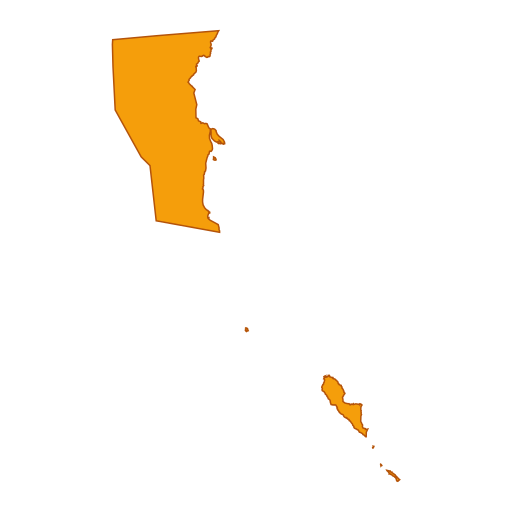 Mexicali, Baja California, Mexico
{"feature_id": "50627088B84599572497035", "entity_name": "Mexicali", "entity_type": "district", "adm_level": 2, "iso_a3": "MEX", "parent_name": "Mexico", "parent_adm1": "Baja California", "projection": "robinson", "projection_center": [-113.946, 30.648], "detail": "fine", "context": "isolated", "style": "filled", "palette": "amber", "viewbox_px": 512, "rotation_deg": 0, "n_neighbors": 0, "source": "geoboundaries", "source_scale": "gbopen_adm2", "svg_char_len": 6018}
<svg xmlns="http://www.w3.org/2000/svg" viewBox="0 0 512 512"><path d="M219.6,232.3L219.6,230.9L219.0,229.5L219.1,228.0L218.2,224.6L210.1,220.2L208.7,219.0L208.6,218.6L208.9,218.3L208.9,218.2L208.4,218.7L208.1,218.3L208.6,217.8L208.8,218.1L208.6,217.8L208.1,218.1L207.8,217.7L207.7,216.6L207.9,215.3L208.7,213.4L209.8,212.9L209.6,212.0L208.8,211.9L208.6,211.2L208.2,211.2L207.9,210.5L206.5,209.8L204.7,207.9L203.1,204.9L202.6,202.0L202.6,199.4L203.5,192.0L203.4,190.2L203.1,189.5L202.5,189.0L202.5,188.7L202.8,188.5L203.0,187.5L202.8,186.8L203.7,185.6L203.3,184.7L203.5,184.3L203.5,179.8L203.8,178.2L203.6,175.0L204.3,174.3L204.3,173.6L204.7,172.7L204.5,172.3L204.6,171.7L205.5,171.0L206.0,168.0L205.7,163.2L207.1,157.6L207.8,156.0L208.0,154.8L209.0,154.1L209.5,151.4L210.0,151.1L211.0,151.4L211.4,151.1L212.3,149.7L212.5,148.6L212.2,145.4L211.7,143.3L210.7,141.5L209.5,138.4L209.4,135.1L210.3,131.5L210.3,129.1L210.5,128.9L209.4,128.4L208.7,127.5L207.1,123.8L205.9,123.4L204.5,123.7L202.8,122.8L201.0,123.4L200.8,123.0L200.9,122.3L200.7,121.8L198.5,120.8L197.8,118.7L196.0,117.8L195.8,109.2L196.8,104.7L193.8,93.0L195.1,89.5L192.6,87.0L192.4,86.5L192.2,86.6L189.1,83.6L188.6,82.5L188.1,82.2L188.4,81.4L189.1,80.5L189.0,79.5L189.6,78.7L190.5,77.9L190.6,77.4L192.2,76.0L192.2,75.7L193.5,75.0L193.8,74.1L196.0,72.0L196.4,70.3L196.2,69.1L196.3,67.9L195.9,67.2L195.8,66.4L196.2,66.0L196.7,66.3L197.1,66.1L197.2,65.8L196.6,65.1L196.5,64.1L197.7,63.3L198.3,62.0L199.2,61.1L198.6,59.1L198.5,57.9L198.5,57.3L198.9,56.5L199.5,56.2L201.5,56.5L202.1,56.3L202.4,55.8L202.7,55.9L203.6,55.3L203.9,55.4L204.3,55.8L204.6,55.7L204.9,56.0L205.1,56.5L206.8,57.4L207.7,57.2L208.3,56.5L209.1,56.7L209.8,56.4L210.1,55.5L210.1,54.2L210.6,53.4L210.3,52.1L210.8,51.7L211.0,51.2L210.9,49.7L211.7,48.9L212.0,48.2L211.8,47.9L210.5,48.1L210.2,47.7L211.2,44.9L211.0,43.7L210.6,43.0L210.6,41.4L210.8,41.0L211.1,40.9L212.2,41.3L212.6,41.2L213.0,40.1L214.6,38.9L214.8,38.0L215.9,36.9L216.3,35.4L217.3,33.7L217.8,32.2L218.7,30.7L157.0,35.7L112.7,39.7L112.4,44.4L113.0,66.9L115.2,110.0L141.2,156.9L150.0,165.6L156.2,220.8L219.6,232.3ZM329.3,375.3L328.2,375.4L328.3,376.1L327.3,376.8L326.8,376.7L326.7,377.1L326.4,377.2L325.7,377.2L325.7,376.7L325.4,377.2L325.1,377.1L325.0,376.6L325.3,376.1L325.1,375.9L323.9,376.7L324.3,377.8L323.9,378.5L324.2,378.5L324.1,379.2L324.6,379.6L324.7,380.3L324.3,381.1L324.3,382.1L323.6,383.0L323.5,384.2L322.7,384.8L322.6,385.5L322.0,386.2L321.8,387.6L322.2,388.0L322.4,388.8L322.0,389.9L322.4,390.8L324.1,391.6L324.5,392.6L325.3,393.3L325.4,394.3L326.4,394.9L327.0,395.9L327.0,396.5L327.7,397.0L328.3,398.8L329.3,399.4L330.0,400.2L330.3,401.3L330.2,401.6L330.4,402.2L330.4,402.7L331.0,404.0L331.0,404.5L332.0,404.8L332.6,404.7L333.1,405.1L334.0,404.7L334.8,405.1L335.2,404.8L336.1,405.3L336.8,407.0L337.1,407.0L337.3,407.3L337.4,408.1L337.3,408.4L337.1,408.4L337.1,408.8L337.9,409.6L337.8,410.0L338.8,411.2L338.9,411.7L339.5,412.1L339.5,412.5L341.2,414.0L342.6,414.5L343.2,414.9L343.9,416.4L344.4,417.0L346.2,418.0L346.1,417.7L346.3,417.6L346.8,418.2L347.3,418.2L347.9,419.2L349.0,419.5L349.4,420.2L349.3,420.4L349.5,420.4L349.7,420.9L350.3,421.2L351.5,423.0L352.4,423.9L352.8,425.3L353.7,426.2L354.0,427.0L353.9,427.3L354.3,428.0L355.6,428.8L356.4,428.9L357.2,429.7L358.3,430.1L359.4,432.2L360.3,432.4L362.6,433.7L363.0,434.6L364.0,435.0L365.6,436.7L366.2,436.7L366.3,432.2L367.7,429.1L367.0,429.3L365.8,429.2L365.6,429.0L365.4,429.2L365.3,428.6L363.1,428.1L362.4,426.7L362.6,425.0L361.8,423.8L361.6,423.1L360.7,421.4L360.9,416.0L361.5,414.5L361.1,413.9L361.2,412.5L361.0,411.5L361.2,410.6L360.8,410.1L360.8,408.3L361.0,406.6L362.0,405.0L360.7,403.9L360.2,404.3L359.7,404.0L359.6,404.4L359.5,404.2L358.9,404.3L358.9,404.1L358.3,404.4L357.1,404.0L355.3,403.9L353.6,404.6L353.2,404.5L353.2,403.8L352.1,404.4L351.8,404.2L351.8,403.7L351.7,404.0L351.1,404.0L350.6,404.8L349.9,404.8L349.1,403.7L347.9,403.7L345.1,403.1L343.2,401.7L342.9,401.4L343.0,400.1L342.5,397.3L343.1,396.2L343.4,396.0L343.9,394.7L344.9,393.6L344.9,393.2L343.9,392.3L344.0,391.8L343.6,391.1L343.7,390.9L342.9,389.1L342.0,388.1L342.0,387.0L341.2,386.2L341.2,385.4L340.1,385.2L339.7,384.7L339.0,384.5L339.0,384.0L338.2,383.6L338.0,382.3L337.7,381.7L337.4,381.6L336.5,380.3L335.8,380.1L334.9,379.0L333.3,378.7L333.2,378.2L332.7,378.1L332.8,377.5L331.1,377.3L330.1,376.8L329.6,376.8L329.4,376.4L329.5,375.5L329.3,375.3ZM216.0,130.5L214.8,129.3L213.9,128.8L212.4,128.6L211.1,129.3L210.9,130.6L211.1,132.5L211.0,134.7L211.4,136.9L211.9,138.3L214.4,140.9L216.5,142.1L217.4,141.8L217.9,142.3L218.2,142.1L217.9,143.0L218.6,143.6L219.2,143.5L219.8,143.0L220.1,143.1L220.2,143.7L220.9,143.8L221.2,143.5L220.8,142.1L219.2,140.8L219.2,140.4L220.6,141.6L221.3,143.0L222.4,143.5L223.0,143.4L223.0,144.0L223.7,144.2L224.0,143.9L224.7,143.7L224.5,142.1L223.1,139.5L219.0,136.2L217.1,134.0L215.9,130.8L215.9,130.6L216.3,131.1L216.0,130.5ZM388.9,470.8L386.8,470.3L387.0,470.7L388.2,471.7L388.8,472.8L389.3,473.1L389.4,473.5L389.2,474.0L390.3,474.0L390.5,474.4L391.4,474.5L392.7,475.8L394.6,476.7L394.7,477.1L395.6,477.7L396.2,478.9L396.5,480.2L396.8,480.4L396.8,480.9L397.8,481.3L399.6,479.7L399.0,479.4L398.6,478.5L397.3,477.7L396.9,476.8L395.7,475.8L395.2,474.9L392.0,472.6L391.9,472.2L391.6,472.4L391.0,472.1L390.3,471.1L390.1,471.2L389.9,470.9L389.2,471.1L388.9,470.8ZM216.1,159.8L215.8,158.8L215.2,157.7L213.6,156.9L213.6,157.7L214.0,158.2L213.3,159.1L213.5,159.7L214.8,160.2L215.9,160.1L216.1,159.8ZM245.9,327.8L245.6,328.1L246.0,328.5L246.0,329.2L245.3,330.1L245.5,330.4L245.7,330.2L245.7,330.6L246.3,330.8L246.4,331.3L246.1,332.1L246.6,331.3L248.2,330.7L247.9,330.1L247.6,328.8L247.3,328.4L245.9,327.8ZM380.6,464.2L380.2,464.6L380.4,464.5L380.8,464.9L380.9,465.5L381.0,465.3L381.2,465.5L381.4,465.3L382.0,466.1L381.9,465.6L381.5,465.0L381.4,464.9L381.3,465.2L380.6,464.2ZM373.9,446.3L373.3,446.2L373.5,446.6L373.2,447.2L372.8,447.3L372.5,446.8L372.8,448.0L373.2,447.9L373.2,447.5L373.9,446.7L373.9,446.3Z" fill="#f59e0b" stroke="#b45309" stroke-width="1.5"/></svg>